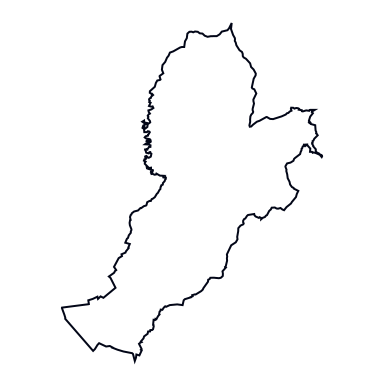 outline of Lemnia, Covasna, Romania
{"feature_id": "2599482B98090680968042", "entity_name": "Lemnia", "entity_type": "district", "adm_level": 2, "iso_a3": "ROU", "parent_name": "Romania", "parent_adm1": "Covasna", "projection": "orthographic", "projection_center": [26.305, 46.106], "detail": "fine", "context": "isolated", "style": "outline", "palette": "ink", "viewbox_px": 384, "rotation_deg": 0, "n_neighbors": 0, "source": "geoboundaries", "source_scale": "gbopen_adm2", "svg_char_len": 6041}
<svg xmlns="http://www.w3.org/2000/svg" viewBox="0 0 384 384"><path d="M132.2,353.2L133.0,354.0L134.8,361.0L136.0,357.6L136.4,354.5L139.4,355.4L141.7,350.4L140.9,349.8L141.6,349.0L139.0,343.8L140.5,342.5L141.6,342.1L140.9,341.4L143.5,338.4L144.1,336.4L147.6,333.8L148.1,331.5L150.1,331.4L150.3,330.1L152.1,330.0L153.0,329.3L153.7,326.5L153.5,324.9L153.1,324.8L153.6,319.8L154.9,320.1L156.0,319.5L155.7,318.8L156.6,318.8L158.0,316.2L159.4,314.6L159.1,314.4L159.6,311.6L160.5,310.7L160.7,309.6L162.4,309.8L163.8,307.6L165.2,306.3L166.1,306.8L169.8,305.1L177.2,304.4L182.6,305.1L183.7,300.3L184.8,299.2L190.6,297.4L190.5,297.2L192.6,296.3L192.2,295.2L194.8,294.4L195.6,294.5L201.2,291.1L202.7,289.7L203.5,288.0L208.0,281.7L208.2,279.7L209.6,279.1L210.3,277.8L213.6,277.7L218.9,278.2L220.8,277.8L222.6,276.2L222.8,275.9L222.9,273.6L222.5,271.3L225.7,267.7L225.1,267.5L225.0,267.0L225.7,266.5L227.1,260.6L226.9,258.2L227.2,256.6L226.9,254.4L231.2,245.3L235.8,242.3L237.5,239.3L237.2,236.9L238.2,231.2L238.3,228.2L240.5,225.6L243.3,224.3L243.7,223.3L243.1,222.2L243.2,220.6L244.1,219.1L245.3,218.5L247.0,215.9L248.0,215.0L254.2,214.0L254.5,215.3L255.6,216.5L258.9,217.9L259.6,217.2L261.3,218.0L261.2,219.2L262.8,217.8L264.9,217.0L265.9,215.7L267.0,215.1L269.2,210.9L270.8,209.5L271.7,207.7L274.8,207.5L276.5,208.5L278.0,208.7L280.5,208.0L282.4,209.5L284.1,210.2L286.5,207.1L291.0,203.5L291.8,202.1L296.0,197.0L296.8,194.0L298.3,190.9L293.8,188.6L293.6,187.9L291.9,187.0L290.1,184.5L289.5,181.7L287.7,178.2L287.2,174.3L286.3,171.0L286.5,169.7L285.4,166.7L285.6,165.9L287.1,163.4L290.5,162.6L293.4,160.8L294.1,158.9L294.9,158.1L300.1,154.1L300.6,152.1L301.5,150.2L301.6,148.7L302.2,148.2L302.7,146.5L303.7,145.9L303.8,145.2L305.0,146.2L305.8,145.6L305.4,144.6L307.2,144.5L307.2,145.1L310.3,148.6L310.0,151.8L312.1,151.9L312.7,152.8L313.8,152.4L316.2,153.2L319.8,154.8L321.7,157.1L322.1,156.4L322.0,155.6L321.4,155.0L320.0,154.5L318.6,153.2L317.6,153.1L316.1,151.7L315.7,150.3L315.8,149.3L313.2,146.3L313.3,145.8L312.1,143.8L312.5,143.3L312.2,142.7L312.7,142.2L312.6,141.1L313.4,140.6L314.3,138.7L317.7,135.3L316.6,133.6L316.1,133.4L316.3,132.1L315.6,130.5L315.2,125.2L310.8,124.0L310.6,123.0L309.5,123.1L308.9,122.3L309.6,121.5L308.9,120.8L310.2,116.6L312.9,113.2L311.8,112.1L311.9,111.6L314.7,109.9L310.1,109.9L309.6,110.0L309.2,110.8L306.2,110.4L302.8,111.4L301.9,111.2L301.8,110.2L298.8,109.7L299.1,108.8L297.9,108.2L296.2,108.0L294.4,108.6L293.3,107.8L291.2,107.7L290.9,108.8L291.5,110.7L289.6,111.6L288.4,112.9L286.9,113.3L285.8,114.5L281.6,116.4L273.1,119.1L270.1,118.9L266.8,117.0L266.2,117.1L259.5,120.8L256.9,121.7L253.0,124.7L251.2,126.5L249.8,126.7L249.4,125.3L250.2,121.8L250.1,119.5L250.4,116.4L251.3,114.5L252.7,113.1L253.2,111.9L252.6,110.0L252.7,108.6L254.0,103.6L253.4,101.0L253.4,99.5L256.3,93.5L254.3,89.3L252.4,88.5L251.8,87.5L253.7,78.7L255.6,75.4L255.8,73.6L253.6,69.5L251.1,67.0L250.1,63.3L246.0,58.8L243.6,57.4L242.8,56.1L242.7,53.8L242.0,52.0L239.5,50.2L236.4,45.3L235.7,42.5L234.8,40.9L235.0,39.1L234.8,38.0L233.1,35.0L231.0,29.0L231.7,23.0L229.1,28.2L227.5,30.2L221.8,31.6L219.7,34.3L216.8,36.1L210.8,36.2L207.6,36.8L204.7,35.7L202.5,33.6L199.7,33.3L197.8,31.8L195.0,31.5L193.2,32.3L191.7,31.7L189.4,31.8L187.4,33.6L186.8,38.2L185.0,41.3L184.2,47.0L181.8,47.0L180.1,47.5L173.2,51.4L169.9,52.6L168.6,55.7L167.0,57.7L165.2,61.9L162.5,65.1L161.9,69.7L163.3,73.3L159.7,75.9L159.6,76.5L160.5,79.5L159.9,80.0L157.3,80.5L155.9,82.9L154.8,86.8L149.9,91.2L149.8,92.8L151.3,93.6L151.7,94.5L152.2,94.0L153.1,95.0L151.3,96.5L150.8,98.0L149.8,98.3L149.1,99.2L149.1,100.0L149.8,100.8L149.2,102.0L150.6,102.7L149.0,106.0L151.4,106.7L152.6,106.4L153.4,108.0L151.4,109.4L148.4,110.4L148.7,111.9L149.9,113.6L148.6,114.4L147.7,115.8L148.4,116.9L147.8,118.2L150.0,121.1L150.2,122.4L148.3,123.8L147.5,123.1L144.6,122.5L144.2,122.0L144.1,120.6L142.3,121.7L144.4,123.2L145.1,124.1L146.8,124.1L147.6,125.1L147.3,127.0L144.9,128.8L143.8,127.9L144.5,126.3L144.5,125.6L143.9,125.2L143.3,125.5L142.5,127.9L144.0,128.9L144.3,132.1L147.0,132.1L147.9,131.2L149.4,131.6L149.8,132.2L148.5,134.4L148.0,134.7L148.0,135.6L145.6,136.3L144.7,137.4L146.0,138.4L149.8,139.2L150.4,139.8L150.8,141.3L150.5,142.1L149.9,142.3L148.7,140.8L146.7,140.7L146.5,141.1L147.2,141.5L148.6,142.0L148.9,142.9L146.2,143.4L145.0,144.3L148.4,144.5L150.5,145.3L150.4,146.9L148.9,147.0L148.0,148.6L147.0,148.9L147.1,149.6L144.3,149.3L145.4,149.9L146.2,152.7L148.7,153.4L149.4,152.2L150.3,152.1L150.7,153.3L151.4,153.8L150.8,156.6L149.2,157.6L148.2,157.8L146.4,155.9L145.2,156.4L145.1,156.9L146.1,158.2L146.0,158.6L145.7,159.1L145.1,159.0L144.6,159.9L144.3,159.7L143.9,160.7L145.6,161.7L144.8,162.7L144.8,163.8L148.0,167.0L146.7,166.9L146.9,167.9L148.6,167.1L148.0,167.9L148.1,168.2L151.0,167.7L151.0,168.9L149.8,169.3L152.9,170.2L152.9,170.8L152.1,171.8L152.3,172.7L151.6,172.1L151.3,172.5L150.9,172.2L150.8,172.9L150.5,172.8L151.2,173.2L151.5,174.0L152.4,173.8L154.5,174.7L156.0,174.5L156.4,173.6L159.9,175.6L163.5,175.8L163.2,176.0L163.3,177.4L164.8,177.7L165.4,177.0L165.9,177.7L165.7,179.1L164.9,180.1L164.7,181.1L162.9,183.1L162.8,184.6L161.2,185.4L161.1,186.4L160.6,187.0L160.3,189.2L159.5,189.9L157.8,193.0L156.9,193.7L154.8,197.2L152.5,198.9L151.7,199.1L150.8,201.0L149.6,200.9L147.2,202.2L146.5,205.0L146.1,205.5L143.8,206.2L141.2,208.1L140.5,208.0L138.0,210.5L134.1,211.5L131.8,213.3L131.3,214.6L130.7,215.0L130.0,217.1L130.6,219.9L130.1,220.0L129.6,222.9L129.9,225.3L131.4,229.2L131.4,230.1L130.8,231.4L130.8,232.8L128.8,235.3L128.0,237.9L126.9,238.8L125.3,242.7L129.8,244.0L128.3,247.5L128.7,248.0L125.9,251.4L125.5,252.6L121.5,254.3L122.0,256.1L118.7,258.1L114.0,266.9L116.2,270.1L114.9,271.1L114.2,272.7L108.9,276.5L110.5,277.9L115.5,287.8L103.4,297.8L100.6,296.4L98.0,298.9L97.4,296.7L92.8,298.9L88.3,300.3L88.9,304.1L88.6,304.2L62.0,307.6L61.9,308.0L64.4,314.8L65.3,317.8L65.2,318.8L93.1,350.9L94.9,349.1L97.5,344.9L99.1,343.2L106.1,346.5L109.8,346.0L112.8,347.6L112.6,347.8L117.5,349.7L123.5,351.5L132.2,353.2Z" fill="none" stroke="#020617" stroke-width="2"/></svg>